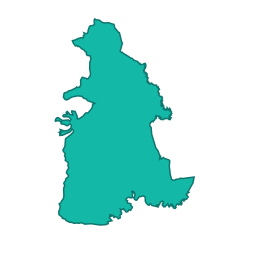 Na Kae, Nakhon Phanom, Thailand, rotated 99°
{"feature_id": "78962969B53080362722064", "entity_name": "Na Kae", "entity_type": "district", "adm_level": 2, "iso_a3": "THA", "parent_name": "Thailand", "parent_adm1": "Nakhon Phanom", "projection": "albers", "projection_center": [104.436, 16.963], "detail": "fine", "context": "isolated", "style": "filled", "palette": "teal", "viewbox_px": 256, "rotation_deg": 99, "n_neighbors": 0, "source": "geoboundaries", "source_scale": "gbopen_adm2", "svg_char_len": 5861}
<svg xmlns="http://www.w3.org/2000/svg" viewBox="0 0 256 256"><g transform="rotate(99 128 128)"><path d="M224.3,182.7L226.7,178.6L227.5,178.7L227.9,175.5L229.1,174.7L230.3,170.7L230.0,169.3L230.5,166.5L229.7,162.8L229.9,161.7L228.8,159.1L229.7,155.7L228.3,149.4L228.2,140.5L226.8,134.4L226.3,134.3L225.6,132.5L223.8,133.3L222.1,129.4L219.3,132.5L218.7,132.4L217.8,130.8L217.3,132.3L216.6,132.3L216.2,131.3L217.1,130.4L216.5,129.1L218.5,128.0L218.4,127.4L217.5,127.2L217.7,125.1L219.2,123.4L217.9,121.6L215.1,122.4L214.4,121.2L213.6,120.9L212.2,121.2L212.0,122.3L210.6,122.1L209.3,122.9L209.7,121.5L208.6,120.1L208.6,119.4L209.4,119.4L209.7,117.9L210.9,117.4L211.3,116.7L210.6,115.1L208.8,114.6L208.9,112.6L205.8,111.3L204.9,111.7L204.0,113.1L202.3,113.4L202.1,116.8L201.4,117.3L200.0,117.0L199.3,118.9L197.2,118.0L196.4,116.8L196.5,113.5L195.6,112.3L193.9,113.4L191.5,112.8L190.4,114.3L189.7,113.8L190.0,112.6L191.7,110.9L194.2,110.6L196.3,111.1L197.3,110.5L198.1,108.8L197.8,108.0L194.3,106.3L192.6,101.9L193.7,100.2L197.8,99.4L199.7,97.9L201.0,95.8L200.8,94.9L199.5,94.5L199.3,94.0L200.8,92.2L201.0,87.6L200.3,86.5L201.3,86.5L201.3,85.9L200.2,85.7L200.1,87.5L199.6,87.6L198.9,85.1L195.9,84.3L194.7,82.3L195.8,81.3L197.4,82.2L197.8,81.7L198.4,82.1L199.3,81.7L199.5,80.5L200.2,80.4L200.0,79.1L196.9,77.0L197.5,76.8L197.9,75.1L198.5,75.9L199.5,75.0L197.8,74.0L198.0,73.3L196.5,73.6L196.3,72.8L197.6,71.4L198.3,70.9L198.4,71.6L199.9,70.5L200.1,68.9L199.0,68.2L198.4,68.9L195.6,67.7L195.1,66.9L195.9,66.0L195.1,65.6L195.4,65.1L194.8,64.3L195.6,63.6L195.2,63.1L193.9,63.0L194.2,63.9L193.3,63.7L193.6,64.3L192.9,64.7L192.9,64.0L191.1,63.6L190.6,63.2L190.9,62.5L190.3,62.9L189.6,61.9L190.1,61.9L190.6,60.8L189.7,60.9L189.2,59.1L186.7,57.8L185.1,59.3L185.2,59.7L184.4,60.0L184.3,59.6L182.9,59.4L182.7,58.3L182.0,57.7L181.3,58.7L172.2,55.3L166.1,55.0L169.4,66.3L169.4,68.4L170.4,69.7L171.2,72.6L172.3,73.8L172.5,75.1L172.0,76.9L167.4,79.0L159.0,81.3L153.9,81.6L153.1,82.7L152.3,87.4L151.6,88.6L152.5,89.0L152.6,90.2L153.1,90.2L152.8,90.8L153.2,90.6L153.1,91.5L153.6,91.8L152.0,92.1L151.9,91.5L150.8,91.4L150.7,92.0L145.6,95.0L143.4,97.4L130.5,103.6L123.7,105.3L123.0,106.5L121.1,107.1L118.6,106.3L118.4,105.7L117.8,105.6L117.8,104.1L116.9,104.4L116.3,103.1L114.3,102.6L114.3,101.8L113.4,101.5L112.1,102.6L111.4,102.3L111.8,101.1L111.3,99.6L113.1,98.7L112.0,98.2L112.3,97.3L112.7,96.9L113.7,97.7L114.4,96.8L114.1,94.2L112.7,93.6L113.0,92.8L112.3,90.2L113.2,89.0L113.1,87.7L112.0,87.4L111.6,87.8L111.0,87.1L110.2,88.3L111.1,88.4L111.6,89.1L110.0,88.7L109.6,89.1L108.8,87.7L108.1,88.3L107.9,87.6L107.0,87.0L106.2,87.7L105.4,87.5L104.3,89.8L103.8,88.7L102.6,89.4L102.2,89.8L103.2,90.0L102.7,90.4L103.1,91.3L102.1,92.3L102.6,92.2L103.0,93.0L104.3,92.6L104.5,93.4L103.5,94.6L103.5,95.3L104.0,95.3L103.6,96.2L102.5,95.6L101.6,96.4L100.8,96.1L100.3,96.8L100.3,97.5L101.0,98.0L100.5,98.4L101.0,98.6L100.6,99.1L100.1,98.5L99.1,98.9L98.9,97.6L98.1,98.1L98.5,98.3L98.0,98.8L96.6,98.5L97.3,99.3L96.8,99.7L96.4,99.3L95.5,99.6L95.1,98.8L93.5,98.6L91.7,99.5L91.7,101.4L90.1,102.9L89.0,102.5L87.7,104.1L85.1,103.6L84.9,103.1L84.1,103.6L84.2,104.4L82.1,104.7L83.2,105.1L83.1,105.5L81.2,106.6L81.7,108.6L81.0,109.5L81.2,110.4L80.0,111.6L80.1,112.4L80.8,112.5L80.6,113.7L81.2,113.9L80.4,114.8L79.9,114.5L79.4,114.9L79.3,115.3L80.0,115.5L79.4,116.3L78.7,116.6L78.3,115.9L77.3,116.4L75.4,116.0L74.7,117.8L74.4,117.0L73.1,117.7L73.0,117.4L71.7,117.6L71.8,118.0L71.1,118.4L71.4,118.9L71.0,118.7L70.2,119.4L70.4,120.7L69.9,121.1L68.7,121.0L68.6,121.5L67.5,120.8L66.4,121.0L66.7,120.7L65.4,120.1L64.4,120.1L64.1,120.7L63.3,120.3L63.2,121.0L62.4,120.5L61.7,120.9L62.1,121.4L61.7,122.0L62.7,123.0L63.5,125.7L62.9,126.5L62.3,126.3L62.1,127.7L60.9,128.8L60.1,132.7L58.7,134.6L58.1,137.6L57.5,138.1L55.1,144.2L54.1,145.5L54.2,146.7L53.3,147.8L45.0,146.8L43.7,147.9L35.2,151.4L34.9,152.5L31.0,156.8L27.9,158.1L27.0,164.2L27.8,166.4L27.8,169.9L26.0,173.1L26.1,176.5L25.5,177.9L26.8,178.3L31.0,177.4L32.2,178.6L32.9,181.1L34.1,182.0L38.1,182.7L39.3,182.4L40.9,183.1L41.4,184.4L40.9,186.4L41.7,185.9L43.2,186.0L44.1,186.6L44.7,186.1L46.0,186.2L46.2,188.7L46.9,189.4L47.0,190.6L49.5,194.2L50.4,196.6L52.7,195.3L55.2,192.8L54.7,191.2L55.3,190.4L54.9,189.9L55.7,187.8L56.9,186.5L57.7,183.8L59.1,182.5L59.8,180.9L61.5,180.7L62.7,179.6L62.7,176.5L66.0,175.4L68.9,176.0L76.0,175.0L79.8,173.6L82.3,173.5L85.8,175.3L85.0,181.1L88.1,182.3L92.7,181.4L95.2,182.1L95.9,184.5L95.5,185.2L96.6,185.8L99.6,190.0L100.8,192.7L102.1,193.5L103.0,195.9L103.8,196.6L107.7,196.6L109.7,194.6L109.8,192.7L106.2,188.3L104.1,182.6L103.9,178.7L105.7,176.0L105.8,173.4L107.2,172.5L108.8,164.7L110.1,166.7L112.0,166.4L114.5,166.9L119.4,169.9L119.8,172.2L123.2,174.1L126.5,177.7L126.8,179.5L124.2,180.1L119.9,182.9L119.9,186.1L121.1,186.2L122.9,184.6L124.0,184.5L123.6,186.9L123.9,187.9L122.8,188.4L121.5,190.1L122.7,190.1L121.8,191.2L122.5,191.5L124.0,190.4L124.7,191.3L124.5,192.4L125.4,193.9L126.2,194.2L127.0,193.6L126.2,188.4L128.4,185.7L130.6,186.6L129.4,188.2L130.8,194.0L128.6,198.7L129.0,199.7L130.4,200.7L132.2,201.0L132.7,200.5L131.8,199.1L131.8,196.5L132.6,195.5L132.3,194.6L133.4,195.0L134.4,194.5L134.3,191.8L135.3,188.8L135.2,188.0L133.1,186.2L133.9,184.3L136.4,184.3L138.6,185.7L140.2,187.9L140.9,190.3L140.1,194.7L141.9,194.0L142.7,194.9L142.5,193.2L143.9,194.6L144.7,193.6L145.2,194.3L146.0,194.2L145.4,191.6L141.3,185.1L140.2,184.1L137.7,183.1L138.6,181.8L140.1,181.2L143.0,183.0L148.4,188.0L156.1,187.4L159.9,188.8L161.2,188.2L163.2,185.9L165.5,186.3L167.2,185.0L169.8,184.9L171.4,181.8L172.7,181.3L174.1,181.6L176.9,180.3L180.3,181.7L181.9,181.8L184.3,179.4L186.0,179.6L187.7,181.4L190.0,181.6L192.1,182.7L193.1,182.6L194.4,181.5L197.8,182.1L205.5,180.6L208.6,181.0L210.0,182.0L212.4,182.6L213.5,184.1L215.8,182.8L218.3,182.6L221.2,183.3L224.3,182.7Z" fill="#14b8a6" stroke="#0f766e" stroke-width="1.5"/></g></svg>